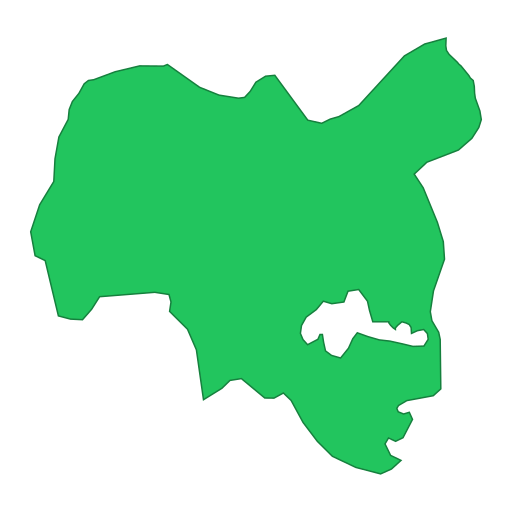 the County of Tolna
{"feature_id": "HUN-3165", "entity_name": "Tolna", "entity_type": "County", "adm_level": 1, "iso_a3": "HUN", "parent_name": "Hungary", "parent_adm1": "", "projection": "robinson", "projection_center": [18.659, 46.474], "detail": "fine", "context": "isolated", "style": "filled", "palette": "green", "viewbox_px": 512, "rotation_deg": 0, "n_neighbors": 0, "source": "natural_earth", "source_scale": "10m", "svg_char_len": 1883}
<svg xmlns="http://www.w3.org/2000/svg" viewBox="0 0 512 512"><path d="M321.7,123.3L330.2,119.1L338.9,116.6L358.8,105.5L404.4,55.9L424.7,44.0L446.1,38.1L445.8,45.8L446.5,50.5L449.1,54.4L457.3,62.2L459.0,64.3L460.9,65.8L468.9,75.6L470.3,78.0L473.2,80.5L474.3,86.4L474.6,93.1L475.3,98.2L479.9,111.0L481.3,119.6L478.8,127.5L471.9,138.3L458.5,150.0L426.9,162.2L414.2,174.1L423.2,187.8L437.4,222.4L443.3,241.6L444.5,259.2L433.5,290.8L430.3,311.7L431.9,320.7L438.7,332.3L440.2,339.5L440.8,388.9L433.3,395.7L406.8,400.6L398.5,405.5L396.8,408.4L398.2,411.8L403.6,414.0L409.3,412.3L412.5,419.4L403.0,437.7L395.6,441.3L388.5,438.0L385.0,443.9L390.6,455.4L401.0,460.4L391.5,469.0L380.6,473.9L355.8,467.4L332.4,456.3L317.4,441.4L303.1,422.5L291.1,400.4L283.4,393.0L274.0,398.1L264.8,398.0L241.4,378.6L230.0,380.4L221.9,388.3L203.5,399.7L196.4,349.8L187.5,329.2L169.6,311.4L171.0,302.0L169.0,294.5L154.8,292.3L99.6,296.7L91.6,309.3L82.5,319.7L70.5,319.1L58.4,315.9L45.2,260.6L35.1,255.7L30.7,231.8L39.7,204.7L53.8,181.5L55.0,158.8L58.9,137.0L68.2,119.4L69.2,109.5L72.4,101.5L78.9,93.4L84.2,83.8L88.4,80.5L93.8,79.7L115.3,71.7L139.6,65.9L163.4,66.1L167.4,64.5L199.6,87.3L219.0,95.1L238.5,98.2L244.6,97.4L250.2,91.4L255.9,82.2L265.6,76.2L274.8,75.3L307.8,120.2L321.7,123.3ZM372.8,321.8L369.5,310.4L367.5,301.2L358.7,289.5L348.0,291.2L343.9,302.0L331.8,303.7L323.3,301.2L316.3,309.6L306.2,317.1L301.5,325.5L300.4,333.4L303.0,339.6L307.6,344.7L317.9,339.3L320.0,334.5L322.4,334.5L323.6,342.3L325.5,350.9L331.5,355.4L340.6,358.0L348.5,348.2L352.8,338.7L357.3,332.8L367.9,336.6L379.3,339.9L389.9,341.1L402.1,343.8L412.9,346.4L423.9,346.1L428.2,339.3L427.4,333.6L423.7,329.5L417.4,330.7L411.5,333.4L411.1,327.5L409.2,324.5L406.1,323.0L401.9,321.8L397.7,325.3L395.4,327.9L395.4,329.4L393.2,327.9L390.6,325.3L388.8,322.8L388.8,321.8L372.8,321.8Z" fill="#22c55e" stroke="#15803d" stroke-width="1.5"/></svg>